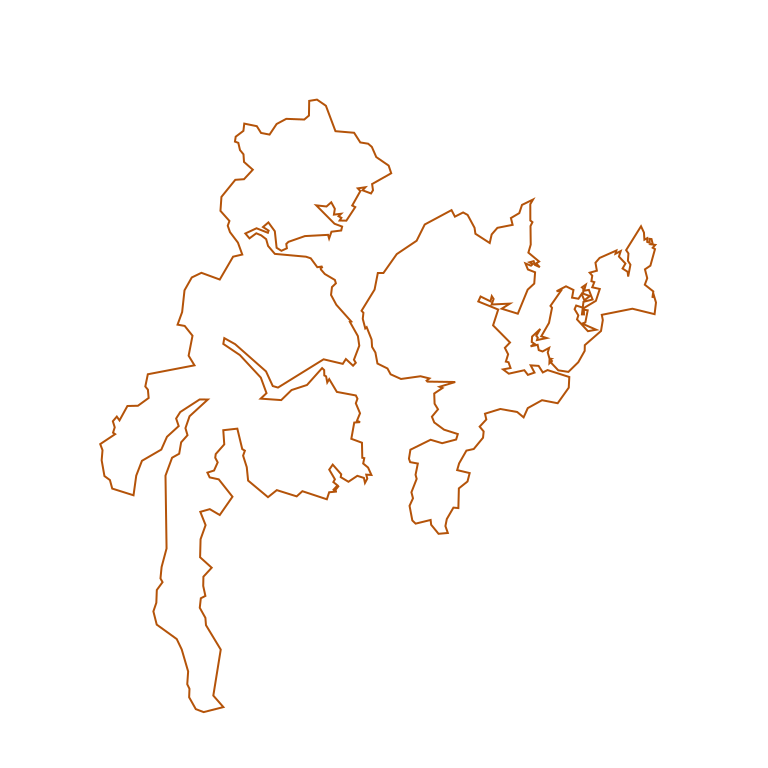 outline of Sortland nor, Nordland, Norway, rotated 170°
{"feature_id": "86288312B55921880538341", "entity_name": "Sortland nor", "entity_type": "district", "adm_level": 2, "iso_a3": "NOR", "parent_name": "Norway", "parent_adm1": "Nordland", "projection": "mercator", "projection_center": [15.403, 68.748], "detail": "fine", "context": "isolated", "style": "outline", "palette": "amber", "viewbox_px": 768, "rotation_deg": 170, "n_neighbors": 0, "source": "geoboundaries", "source_scale": "gbopen_adm2", "svg_char_len": 6144}
<svg xmlns="http://www.w3.org/2000/svg" viewBox="0 0 768 768"><g transform="rotate(170 384 384)"><path d="M517.9,292.7L508.0,298.1L489.5,288.5L483.0,292.6L460.3,280.4L456.8,286.9L449.1,286.3L451.4,287.1L446.1,291.7L452.8,288.1L447.4,292.2L450.9,296.2L448.9,298.7L452.8,309.2L448.5,313.5L441.8,302.5L442.8,299.8L436.0,293.9L426.2,298.2L420.1,295.0L419.9,289.9L416.9,293.7L417.2,297.8L412.2,296.6L414.2,304.5L418.3,309.3L416.3,314.4L418.2,315.1L415.9,330.0L425.7,335.7L420.0,351.2L414.2,350.6L417.0,352.5L412.7,359.3L415.1,369.9L412.7,374.1L413.7,377.6L431.8,384.4L437.1,398.3L439.6,395.4L439.7,401.6L441.3,402.8L440.5,408.1L442.2,410.4L460.0,396.4L476.1,394.1L488.0,386.0L508.0,391.0L501.3,395.4L504.2,411.7L520.9,437.5L535.3,451.4L533.3,456.9L523.7,449.1L498.0,416.9L493.9,401.3L489.0,398.9L439.2,418.8L421.1,411.0L417.2,415.2L411.3,407.4L408.1,409.8L409.4,413.1L401.7,426.0L401.4,435.7L406.8,451.1L405.4,451.2L417.2,470.3L420.7,480.9L418.4,488.5L413.9,491.5L414.3,495.0L423.2,502.6L426.3,507.8L426.3,509.2L424.8,509.6L425.0,510.5L429.4,510.6L434.3,520.5L438.7,522.9L468.9,531.1L474.2,540.1L474.9,547.1L479.1,551.7L483.6,554.6L491.2,550.8L494.4,556.3L482.5,559.5L472.1,553.1L471.0,555.1L475.9,559.6L469.8,563.2L465.0,553.4L466.1,536.8L461.9,533.0L456.1,534.5L455.9,538.9L453.4,540.6L436.2,543.4L413.2,540.6L412.8,536.8L409.3,543.1L399.5,542.6L397.9,546.3L404.9,550.4L419.7,571.7L409.8,568.8L404.4,572.1L402.0,565.1L403.9,559.5L396.7,559.1L399.6,557.1L397.1,555.1L399.3,552.7L392.7,551.4L381.6,563.2L384.3,565.3L373.8,578.1L375.8,581.2L368.2,581.0L371.5,578.5L363.7,573.9L361.2,576.7L361.0,583.0L340.3,590.3L341.5,598.3L352.2,608.8L354.8,619.6L357.9,623.4L365.4,626.0L369.8,636.6L387.9,641.4L392.9,668.1L400.6,675.7L408.5,675.8L411.3,661.4L416.6,658.3L434.2,662.1L444.6,658.7L453.4,649.5L461.5,652.6L464.5,660.0L476.4,664.7L478.5,657.7L487.1,653.3L488.7,648.6L485.6,646.8L485.2,639.4L482.5,634.6L483.3,627.0L476.0,617.8L486.3,610.0L495.0,610.9L511.6,596.5L515.0,582.9L507.9,571.4L510.4,567.0L509.3,560.3L503.3,548.6L501.1,536.1L510.5,535.6L527.6,515.4L544.5,525.2L554.8,522.3L564.2,510.9L570.3,489.9L577.0,478.3L570.2,475.8L564.2,464.8L571.5,445.8L567.4,435.3L614.9,434.6L619.5,423.0L617.5,419.4L618.2,411.1L630.1,405.3L640.5,406.9L650.8,394.1L652.8,398.3L657.5,394.4L656.7,388.1L659.3,383.1L657.5,381.3L673.9,374.1L672.7,367.7L675.3,357.9L675.3,341.9L670.6,337.0L669.8,328.2L650.0,317.9L643.9,336.8L635.7,350.4L614.7,358.1L606.9,369.7L593.5,378.2L594.7,386.1L589.5,391.8L568.2,400.8L560.2,399.3L581.1,386.0L587.2,375.0L586.4,367.7L593.9,361.8L597.8,350.9L605.5,348.2L615.1,331.7L626.7,259.8L634.8,242.4L637.9,231.3L636.5,227.3L643.5,220.6L646.2,208.1L650.6,200.1L649.6,186.5L632.4,168.8L629.3,157.7L626.8,134.9L629.9,122.5L628.5,117.6L630.3,109.3L625.8,96.5L618.6,92.2L598.3,93.7L606.2,106.8L590.9,150.8L601.2,177.4L600.5,184.7L604.3,195.6L601.6,204.8L596.7,206.3L597.1,216.5L595.3,225.6L585.6,233.0L595.2,245.3L591.6,263.0L584.2,276.0L587.1,290.0L577.3,291.0L568.5,283.5L552.8,299.3L563.3,318.8L571.9,322.3L573.3,327.4L566.4,328.3L561.4,335.7L563.0,340.7L561.9,344.2L551.8,352.3L550.3,366.4L536.2,365.5L534.9,344.5L532.6,342.5L535.2,337.9L533.6,325.9L534.6,312.5L517.9,292.7ZM287.3,543.5L316.2,534.0L327.0,519.4L348.9,509.7L365.3,493.4L370.8,494.4L376.9,478.6L393.4,460.0L391.9,457.7L393.6,451.9L392.8,442.0L391.2,443.0L388.5,430.0L389.3,422.6L387.0,416.5L386.9,405.3L377.9,398.7L375.8,392.4L366.4,386.0L346.7,385.3L338.3,381.6L341.5,379.9L340.8,378.8L313.5,373.6L329.7,371.6L327.1,369.9L336.2,365.9L337.6,355.8L335.2,349.7L342.5,343.5L341.2,337.4L332.8,328.6L320.0,321.9L322.6,316.8L337.0,315.6L347.8,321.0L369.4,314.7L372.4,306.1L371.8,302.5L364.5,299.8L368.7,289.1L368.3,284.9L375.8,272.6L375.3,266.4L380.0,259.6L379.8,244.7L377.1,241.0L361.7,242.0L362.0,237.2L356.3,227.0L347.0,226.2L348.2,233.4L345.6,240.1L337.1,250.2L332.3,248.9L328.4,268.2L318.7,273.5L315.1,281.4L326.9,286.5L323.8,292.8L314.4,304.1L306.9,304.4L295.8,313.9L294.1,320.0L297.2,325.4L289.4,331.3L289.7,337.2L273.8,339.2L257.7,333.3L252.3,326.9L246.6,335.3L231.2,340.6L216.3,334.9L202.7,348.3L200.3,358.7L220.5,369.3L225.6,367.8L228.6,375.0L236.3,376.9L233.8,369.1L240.7,368.0L243.4,373.2L259.3,372.5L264.2,377.7L256.6,377.8L257.6,383.8L260.1,384.9L256.6,391.7L258.7,398.6L252.7,403.0L266.4,422.8L258.6,437.5L276.8,448.9L273.7,453.4L264.8,446.9L262.6,451.8L261.3,448.7L264.2,443.6L246.1,441.3L255.0,437.7L240.0,430.0L226.1,452.0L218.6,456.8L215.8,467.8L222.4,471.8L223.8,478.2L218.7,475.0L216.7,476.2L219.6,478.6L215.3,479.0L214.7,475.1L210.3,472.0L213.2,476.4L210.0,477.7L219.0,488.3L215.3,495.8L212.3,514.1L209.7,517.6L211.5,519.6L208.7,535.7L205.2,539.8L217.0,536.4L221.1,528.8L230.2,525.4L229.7,518.4L245.2,518.1L252.0,512.6L255.4,504.5L267.9,516.1L267.7,522.1L272.3,536.0L276.3,539.2L285.1,536.5L287.3,543.5ZM102.9,425.0L104.7,422.3L102.7,428.4L109.9,436.5L106.4,442.5L107.1,451.6L101.1,454.3L93.7,469.8L95.7,471.5L92.7,473.9L96.8,475.2L95.1,475.9L95.4,480.3L97.4,480.9L97.8,476.9L100.1,478.2L99.5,481.9L102.5,480.9L101.7,488.0L103.5,494.7L122.3,473.8L120.6,470.1L122.4,463.0L120.6,458.7L124.9,447.4L124.6,452.2L129.0,456.3L125.3,460.7L130.5,468.7L127.8,473.8L133.4,472.1L132.0,475.1L149.8,470.7L154.7,466.7L154.7,458.6L162.1,457.9L160.1,454.5L161.9,449.2L159.2,447.8L162.1,443.1L155.0,440.1L160.9,429.1L175.3,423.6L177.0,418.2L175.0,417.8L174.3,422.5L170.6,421.2L175.0,409.7L178.4,409.1L165.6,400.6L174.0,400.6L182.7,414.1L180.7,417.8L183.3,424.6L181.1,427.9L175.0,424.7L173.3,430.3L163.9,431.0L165.9,441.1L170.8,441.1L168.0,446.8L172.3,444.8L171.1,443.3L172.2,438.4L166.0,434.8L172.2,431.7L173.7,438.4L177.7,434.2L183.8,436.4L181.1,443.7L187.8,448.6L197.9,445.4L193.5,445.1L206.5,432.0L205.3,429.9L210.9,415.5L220.8,403.7L215.8,401.0L225.7,400.7L224.5,403.0L225.7,405.0L220.5,411.1L229.9,405.0L231.2,399.7L228.7,397.3L233.1,395.6L225.9,395.9L225.7,390.5L222.2,388.5L215.1,390.9L217.3,386.5L216.6,380.4L214.8,379.7L216.8,379.0L217.5,375.7L214.1,378.1L215.8,376.0L210.0,367.2L200.3,363.9L188.9,371.7L180.6,381.8L179.5,387.4L161.1,398.5L157.4,409.0L157.5,414.3L126.3,415.0L105.4,405.8L102.0,417.0L102.9,425.0Z" fill="none" stroke="#b45309" stroke-width="2"/></g></svg>